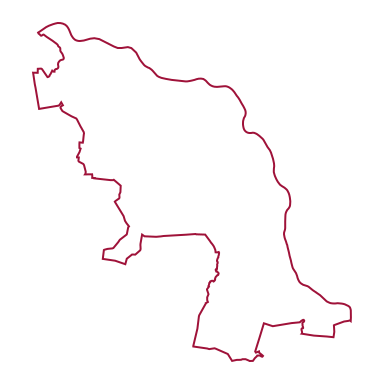 Jaunsvirlaukas pag., Jelgava, Latvia
{"feature_id": "27541924B87431187138979", "entity_name": "Jaunsvirlaukas pag.", "entity_type": "district", "adm_level": 2, "iso_a3": "LVA", "parent_name": "Latvia", "parent_adm1": "Jelgava", "projection": "albers", "projection_center": [23.886, 56.567], "detail": "fine", "context": "isolated", "style": "outline", "palette": "rose", "viewbox_px": 384, "rotation_deg": 0, "n_neighbors": 0, "source": "geoboundaries", "source_scale": "gbopen_adm2", "svg_char_len": 5807}
<svg xmlns="http://www.w3.org/2000/svg" viewBox="0 0 384 384"><path d="M66.8,26.1L65.2,24.7L62.8,23.6L60.5,23.1L57.7,23.0L55.4,23.5L53.0,24.2L49.0,25.7L46.2,27.1L39.7,31.6L38.1,32.6L38.6,33.6L39.7,34.4L40.6,35.4L41.0,35.7L41.5,35.7L43.2,34.6L43.7,34.6L46.7,36.9L52.6,40.8L56.6,43.8L57.6,44.7L58.3,46.3L59.8,47.5L60.2,48.1L60.3,48.9L60.3,50.4L60.4,50.9L60.7,51.6L62.2,53.6L62.9,55.1L63.8,57.9L63.7,58.6L63.4,59.2L63.2,59.4L62.7,59.6L61.1,60.0L60.3,60.3L59.1,61.5L58.3,62.7L58.2,63.2L58.0,64.3L58.4,66.9L58.2,67.6L57.9,68.2L57.3,68.7L56.8,68.9L55.6,69.2L54.7,70.0L54.5,70.7L54.5,71.7L53.9,71.7L52.9,71.4L52.2,70.7L50.6,73.9L49.7,75.2L49.3,76.3L49.1,76.4L48.1,77.0L47.5,77.1L42.0,69.1L41.1,68.6L37.8,68.8L37.7,72.8L33.1,72.7L33.6,76.0L33.8,77.4L34.8,84.2L35.5,87.6L39.1,108.9L58.8,105.6L59.8,104.5L61.2,102.3L62.0,103.7L62.1,103.9L62.9,105.3L61.6,106.0L60.9,106.6L60.5,107.5L60.5,107.8L60.7,108.3L62.3,110.9L62.5,111.1L63.6,111.8L69.2,115.0L71.5,116.3L76.3,118.5L77.1,119.7L80.6,126.6L81.4,127.9L82.1,129.2L83.7,132.0L83.9,132.9L84.0,133.6L83.8,134.4L83.1,141.1L82.8,142.7L79.5,142.4L79.4,143.7L79.4,148.0L80.6,148.6L79.5,152.1L77.0,156.7L77.0,157.4L78.8,157.5L78.4,160.6L78.4,160.8L78.7,161.3L79.0,161.7L83.0,163.8L83.5,164.2L83.9,164.9L84.1,165.4L85.7,171.6L85.7,172.1L85.5,173.6L85.0,174.4L92.1,174.3L92.3,176.0L92.2,177.9L93.9,178.0L93.7,178.2L93.8,178.3L110.3,180.1L113.3,180.1L113.8,179.8L120.7,185.7L120.4,192.2L119.3,194.6L119.5,197.4L119.2,198.4L115.6,200.9L114.8,201.7L123.6,216.1L125.0,220.8L126.5,223.2L129.0,226.4L128.2,227.3L127.0,233.4L126.7,234.5L119.8,239.8L118.2,242.2L113.4,248.0L112.4,248.4L107.5,248.9L104.2,249.8L103.9,250.0L102.8,258.9L115.1,260.7L125.3,264.2L126.8,258.7L132.1,254.5L135.3,254.6L140.2,250.3L140.5,249.4L140.6,248.9L140.5,246.7L140.5,246.3L140.4,245.1L140.5,243.7L142.1,234.6L144.5,236.3L156.2,236.8L160.8,236.4L163.6,236.0L186.1,234.7L195.7,234.0L196.1,234.3L205.2,234.6L210.0,241.1L211.1,242.8L211.7,243.4L213.4,245.7L214.2,247.2L214.9,248.9L215.3,249.9L215.6,252.3L217.2,252.4L218.7,252.0L219.1,252.9L218.8,255.0L218.3,256.4L218.3,257.5L217.7,258.2L217.0,260.4L217.0,260.9L217.2,261.2L217.2,261.6L217.4,261.7L217.6,261.9L217.7,262.5L217.7,263.0L217.2,264.2L217.1,264.9L217.3,265.9L217.1,266.6L217.0,268.1L217.0,268.4L216.8,268.3L216.4,268.8L215.7,269.7L215.7,269.9L215.8,270.3L216.3,270.4L216.4,270.6L216.1,271.0L216.2,271.4L216.4,271.7L217.2,271.7L217.6,272.0L218.1,272.7L218.6,273.2L218.6,273.6L218.2,274.9L217.7,275.0L217.4,275.4L216.8,275.6L216.7,275.9L216.3,276.4L215.7,277.0L215.2,278.2L215.1,278.9L214.9,279.2L215.1,279.7L214.9,280.2L214.6,280.6L213.8,281.4L213.5,281.5L213.1,280.9L212.9,280.8L211.8,280.8L210.7,281.2L210.2,281.5L210.3,281.9L210.2,282.4L209.6,282.6L209.2,283.1L209.2,283.8L209.0,284.6L208.9,285.3L208.5,285.8L208.4,286.3L208.9,286.7L207.1,289.1L207.0,289.4L207.0,289.7L208.5,294.2L207.2,297.3L207.2,300.2L207.9,302.0L206.2,302.9L206.3,303.0L205.8,303.5L204.9,305.1L199.2,315.3L198.9,316.4L197.4,328.7L193.3,345.9L193.3,346.5L207.2,348.5L209.2,349.1L214.5,348.3L215.5,348.6L227.8,354.0L232.1,360.9L236.7,359.9L241.0,359.8L242.5,359.2L245.6,359.2L248.7,360.5L249.6,361.0L252.9,360.9L254.9,358.1L257.0,356.1L257.2,355.6L258.0,355.5L260.1,355.6L261.4,356.5L262.2,355.9L262.6,356.4L263.0,355.9L262.3,355.2L259.2,352.7L259.0,351.4L255.9,352.6L255.2,351.5L259.6,337.4L263.9,323.3L272.8,326.2L291.5,323.1L299.8,322.3L300.1,321.9L300.7,321.6L301.2,320.9L303.0,319.9L303.7,319.9L304.2,320.6L304.1,321.3L303.7,321.9L302.9,322.4L302.4,323.3L302.4,324.1L302.6,324.7L302.5,325.5L303.1,327.3L303.1,328.1L302.9,328.3L301.9,328.4L301.5,329.0L301.5,329.8L301.7,330.6L301.9,331.2L302.1,332.8L302.1,333.4L301.8,333.7L313.9,335.6L326.7,336.5L333.5,337.2L334.3,331.9L334.1,328.2L333.9,325.3L334.2,325.1L344.1,321.5L348.3,320.9L349.8,320.4L350.7,321.1L350.9,317.7L350.8,310.4L350.6,309.3L350.0,307.5L349.3,306.7L348.2,305.9L346.7,305.2L344.8,304.3L343.4,303.9L341.8,303.6L337.7,303.2L334.9,303.5L332.4,303.4L330.4,303.1L328.5,302.3L326.7,301.4L320.1,295.2L312.8,290.2L308.5,286.7L307.3,286.1L303.2,284.8L301.1,283.5L300.3,282.8L299.4,281.8L298.6,280.4L298.1,279.3L297.5,277.7L297.1,276.0L296.0,273.1L293.0,268.5L292.5,267.2L291.4,263.0L290.9,260.5L289.6,255.8L288.9,252.3L287.6,247.2L287.2,245.0L286.8,244.2L286.0,241.5L284.9,238.6L284.5,237.1L284.0,234.2L284.1,232.5L285.0,229.6L285.2,228.1L285.2,221.4L285.4,215.7L285.5,214.4L285.8,213.0L286.1,212.1L287.1,210.1L288.7,208.3L289.6,206.8L289.9,206.0L290.1,204.7L290.3,201.6L290.2,200.3L289.8,197.2L289.3,194.9L288.7,193.1L287.9,191.5L287.3,190.4L286.7,189.6L284.5,187.7L281.9,186.1L280.0,184.7L277.8,181.8L276.4,179.3L275.0,176.2L274.5,174.7L273.8,172.1L273.8,170.8L273.9,168.6L274.2,166.1L274.0,163.4L273.0,158.8L271.0,152.6L269.8,150.1L267.5,147.0L263.5,139.9L262.6,138.8L259.5,136.0L257.1,134.2L256.0,133.6L254.3,132.9L252.8,132.7L251.0,133.0L249.1,133.0L247.5,132.6L246.2,131.9L245.1,130.9L244.3,129.8L243.7,128.4L243.3,126.7L243.0,124.6L243.0,123.2L243.1,121.1L243.9,118.1L245.0,116.2L245.4,115.1L245.7,113.2L245.6,111.7L245.3,110.3L244.3,108.1L243.2,106.0L241.6,103.4L239.6,99.7L238.1,97.4L236.7,95.7L234.4,92.2L232.9,90.4L231.7,89.2L229.5,87.6L228.1,86.9L226.7,86.4L225.2,86.2L223.6,86.3L217.0,86.9L214.4,86.7L212.5,86.2L211.0,85.5L209.7,84.7L207.8,82.9L206.0,80.9L205.3,80.3L203.4,79.0L201.0,78.6L198.7,78.7L196.5,79.2L194.5,79.9L191.2,80.7L189.1,81.1L187.1,81.4L185.5,81.4L171.7,79.9L166.0,78.9L161.5,77.9L158.7,76.8L157.1,75.8L152.8,70.9L151.6,69.7L149.3,68.0L148.3,67.7L146.1,66.5L145.1,65.9L144.0,64.9L141.2,61.4L139.7,59.3L136.2,52.6L131.4,48.1L127.9,47.1L121.7,48.0L117.7,48.0L113.9,46.5L99.3,39.1L94.3,38.2L90.2,38.7L83.9,40.5L80.9,40.9L79.7,41.0L78.2,40.9L76.3,40.4L74.8,39.6L73.3,38.2L72.3,36.8L71.3,35.2L69.3,30.3L68.5,28.6L67.7,27.3L66.8,26.1Z" fill="none" stroke="#9f1239" stroke-width="2"/></svg>